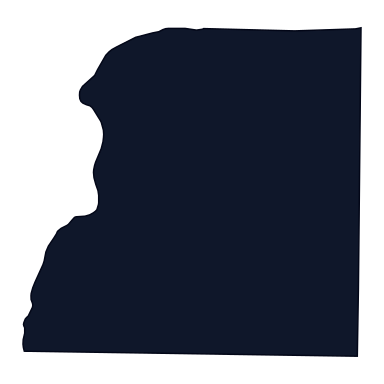 the district of Hancock, Illinois, United States of America
{"feature_id": "52423323B89026869703767", "entity_name": "Hancock", "entity_type": "district", "adm_level": 2, "iso_a3": "USA", "parent_name": "United States of America", "parent_adm1": "Illinois", "projection": "equal_earth", "projection_center": [-91.372, 40.416], "detail": "fine", "context": "isolated", "style": "filled", "palette": "ink", "viewbox_px": 384, "rotation_deg": 0, "n_neighbors": 0, "source": "geoboundaries", "source_scale": "gbopen_adm2", "svg_char_len": 1124}
<svg xmlns="http://www.w3.org/2000/svg" viewBox="0 0 384 384"><path d="M361.0,27.8L355.5,28.9L294.7,30.9L203.5,28.6L202.6,29.2L196.5,30.1L185.0,28.4L168.5,28.4L165.6,28.7L162.7,29.7L158.9,31.7L152.7,32.9L135.7,37.3L117.1,46.7L112.0,49.5L109.1,51.8L105.8,55.3L97.7,69.4L94.7,75.4L82.5,86.4L80.4,90.0L79.7,92.0L79.5,95.2L79.8,98.7L81.0,101.4L82.9,103.1L86.4,104.7L90.0,105.8L92.0,107.4L93.5,109.4L100.6,120.9L101.3,122.4L103.4,130.1L103.7,134.4L103.5,137.4L103.0,141.8L101.2,148.8L95.6,162.2L94.6,165.4L93.7,169.8L93.5,172.4L94.0,177.7L95.8,184.3L98.0,190.6L98.7,195.3L98.7,202.8L98.5,204.4L96.9,209.7L95.4,211.3L93.4,212.8L89.8,214.8L85.0,216.2L76.0,216.8L74.5,217.4L72.4,219.7L68.4,224.4L66.8,225.5L61.2,228.3L58.1,230.8L57.3,231.8L56.5,233.8L54.0,237.8L48.4,246.1L45.9,252.0L44.2,260.9L43.0,264.6L35.0,282.2L32.8,287.7L31.2,293.4L31.0,295.6L31.1,299.5L32.5,303.3L32.8,305.1L32.5,307.2L28.7,315.1L28.2,316.1L26.7,317.4L25.3,319.0L23.9,322.5L23.5,324.3L23.8,325.8L24.7,327.7L24.7,333.2L23.2,339.6L23.0,344.2L23.4,347.6L24.3,351.2L357.3,356.2L358.4,288.9L361.0,27.8Z" fill="#0f172a" stroke="#020617" stroke-width="1.5"/></svg>